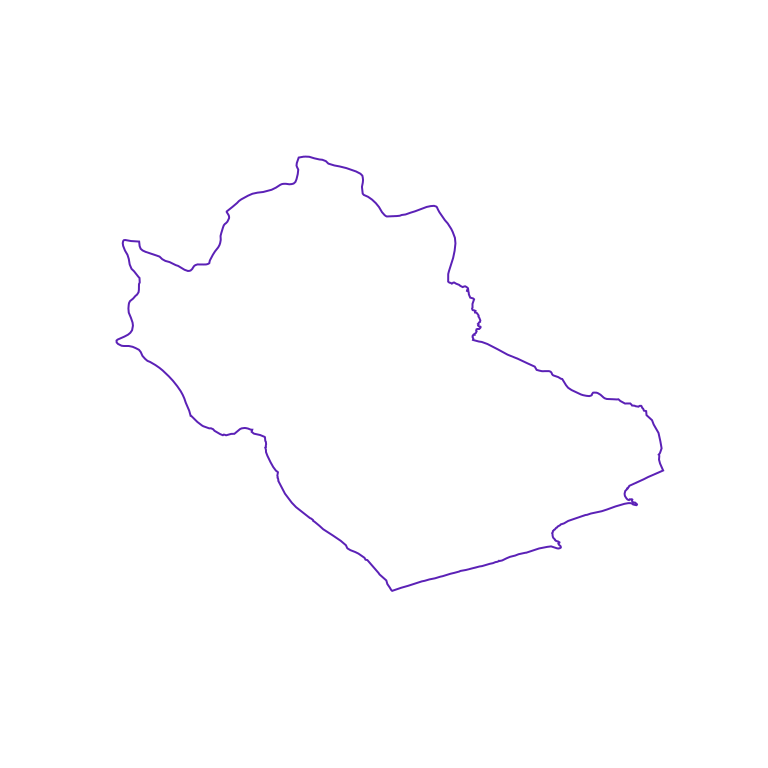 Aceh Barat, Aceh, Indonesia (Equal Earth projection), rotated 288°
{"feature_id": "22746128B65593111718524", "entity_name": "Aceh Barat", "entity_type": "district", "adm_level": 2, "iso_a3": "IDN", "parent_name": "Indonesia", "parent_adm1": "Aceh", "projection": "equal_earth", "projection_center": [96.186, 4.452], "detail": "fine", "context": "isolated", "style": "outline", "palette": "violet", "viewbox_px": 768, "rotation_deg": 288, "n_neighbors": 0, "source": "geoboundaries", "source_scale": "gbopen_adm2", "svg_char_len": 6146}
<svg xmlns="http://www.w3.org/2000/svg" viewBox="0 0 768 768"><g transform="rotate(288 384 384)"><path d="M576.1,239.4L575.4,237.4L573.0,232.9L567.2,232.8L564.7,233.3L563.5,234.2L561.4,236.2L557.0,237.1L551.7,237.5L548.8,237.3L546.7,236.1L545.6,234.4L544.7,232.3L544.1,228.9L543.5,227.0L542.7,225.3L541.5,223.9L537.3,220.5L534.0,217.1L529.3,209.8L526.9,204.6L524.3,200.1L521.1,196.5L515.5,191.2L513.2,189.5L510.7,188.3L505.7,185.2L499.5,181.1L498.9,181.3L496.9,183.7L495.9,184.6L494.7,185.2L493.7,185.4L490.0,184.9L488.1,184.0L487.0,183.2L485.4,182.6L483.1,182.5L477.4,182.6L474.3,182.8L470.6,184.2L467.5,184.6L465.4,184.6L462.7,184.1L457.9,182.3L454.0,181.3L447.6,180.2L444.9,180.5L443.7,179.4L442.8,178.0L441.9,175.5L440.1,169.7L438.8,167.9L437.6,167.0L435.7,166.4L434.2,166.1L432.2,165.0L431.5,164.0L430.9,162.6L431.0,159.0L432.7,151.7L432.7,149.3L433.7,142.4L433.5,138.0L434.2,134.5L435.8,131.2L435.9,128.1L436.0,116.4L436.4,113.2L437.4,110.8L439.6,109.0L443.8,107.1L441.8,99.3L441.0,93.5L440.5,92.3L439.9,91.9L439.0,91.8L437.2,92.0L434.8,93.2L430.9,96.4L427.6,100.1L424.1,102.6L419.1,105.2L415.5,108.3L414.0,111.4L410.1,117.2L409.3,118.7L405.1,120.3L403.3,120.1L397.8,121.8L395.4,122.2L392.7,121.5L391.0,120.4L387.7,119.0L384.3,116.8L382.1,116.5L380.2,116.8L376.8,117.6L373.0,119.2L368.7,122.9L364.7,125.9L361.9,127.2L357.3,127.8L354.3,126.9L351.8,125.3L348.9,122.5L343.9,116.9L342.7,116.2L340.9,116.9L339.9,118.7L339.3,122.6L339.8,125.1L341.3,129.7L341.7,133.4L341.4,136.7L340.8,140.4L339.2,142.8L336.1,145.6L334.1,149.0L332.9,151.9L332.7,154.7L331.4,160.7L330.0,165.4L328.5,169.3L324.8,177.0L321.9,182.2L318.0,188.1L314.4,192.8L311.5,195.9L308.5,198.6L305.0,201.2L298.4,207.0L294.0,209.9L294.2,210.3L290.2,218.3L288.3,223.7L288.0,225.1L287.8,231.5L288.4,233.1L288.2,235.4L287.1,237.3L285.7,243.7L285.5,246.6L286.4,247.3L286.5,248.6L286.4,249.2L286.5,249.8L289.4,254.2L290.4,257.1L296.6,261.0L297.8,262.3L299.1,265.0L299.4,266.4L299.6,268.4L299.4,271.4L299.8,272.8L297.6,272.9L296.7,275.3L296.6,275.8L297.2,282.0L296.8,286.9L296.4,287.3L293.2,288.7L292.5,289.5L290.3,290.5L289.1,290.6L287.4,291.2L286.9,290.7L284.8,292.1L282.8,292.8L279.7,295.3L274.5,300.3L270.8,304.3L268.2,308.0L267.5,310.1L267.3,310.4L263.8,310.9L262.8,311.6L261.9,311.7L261.6,312.3L259.6,313.4L259.2,313.4L249.1,323.7L242.6,333.0L239.7,338.4L233.6,355.0L233.5,356.3L232.7,358.5L232.3,358.9L232.0,358.9L231.3,361.1L229.2,366.4L227.1,371.0L224.1,382.3L221.5,391.3L218.9,397.6L216.6,399.7L216.3,400.3L215.6,403.4L215.3,408.6L214.8,412.1L212.7,419.1L211.2,420.7L211.4,422.6L202.6,437.2L201.5,438.6L197.9,446.9L194.8,449.0L192.1,452.5L190.4,454.4L189.8,455.7L195.5,463.3L199.6,469.4L208.0,481.0L209.4,483.5L212.2,487.6L215.0,492.6L218.2,497.2L219.3,499.1L224.1,505.9L226.1,509.2L228.9,513.5L229.8,514.4L232.4,519.3L240.0,531.3L241.1,533.5L245.7,540.2L247.3,543.0L249.1,545.1L249.8,546.5L250.7,547.6L251.4,548.0L251.3,548.5L252.7,550.9L256.1,554.4L258.6,557.3L261.4,561.8L263.7,564.6L267.2,570.6L267.5,571.4L275.5,582.3L279.6,589.7L281.2,593.1L281.2,599.3L281.4,600.6L282.2,602.0L283.1,602.7L283.7,602.5L284.5,601.8L285.0,600.4L286.0,599.2L287.4,599.9L287.7,599.7L287.6,599.0L288.0,598.4L287.8,597.8L288.1,596.6L288.0,595.8L288.5,594.8L288.9,594.7L289.9,592.7L290.7,591.9L292.3,591.0L293.5,590.6L294.1,590.0L295.2,590.3L296.4,590.1L296.9,590.5L297.7,590.7L298.4,591.4L300.4,592.2L301.0,592.9L302.1,593.2L304.1,595.1L305.1,595.5L307.0,598.2L310.7,601.5L321.6,616.0L322.3,617.5L324.7,620.7L330.3,630.4L333.5,634.8L339.1,642.0L344.4,649.8L346.1,653.0L346.8,655.0L347.0,656.5L346.4,658.1L346.6,660.6L346.8,661.6L347.5,661.9L347.8,661.7L348.2,660.9L348.8,659.3L348.3,657.8L349.0,656.5L349.5,655.9L350.8,655.9L351.0,655.3L350.4,654.2L350.4,653.5L349.3,652.9L349.4,651.3L350.1,650.0L351.8,647.9L352.9,647.2L354.1,646.7L356.8,646.5L359.8,648.0L360.0,647.6L361.7,648.6L363.0,648.8L373.7,660.5L377.1,663.9L388.0,676.2L393.7,671.1L397.1,668.9L400.1,668.2L401.9,667.5L401.9,667.2L403.7,667.8L408.6,667.9L414.8,664.6L422.3,660.2L428.8,653.0L432.4,650.1L435.5,643.3L439.2,641.7L439.0,639.4L440.6,638.1L441.0,637.1L442.6,635.6L442.7,635.2L442.1,633.7L441.1,633.1L440.6,630.0L440.8,629.2L440.2,626.5L440.8,625.8L441.6,624.2L439.9,619.2L440.9,613.9L441.7,612.2L441.9,611.6L441.3,610.4L440.6,607.7L438.6,600.5L438.6,598.4L439.0,597.0L440.7,593.2L441.4,590.1L441.4,588.7L440.7,586.3L440.3,585.5L438.8,585.0L437.6,585.0L436.9,584.4L435.9,582.9L435.3,580.1L434.9,576.7L434.9,574.5L436.2,564.3L437.3,560.3L439.1,557.5L443.8,552.0L443.7,550.5L444.4,547.6L444.5,542.5L444.6,541.9L445.2,540.9L446.5,539.8L447.2,538.6L447.2,536.8L445.0,530.3L444.7,527.4L444.6,524.8L447.1,522.0L448.0,514.0L449.3,503.8L450.1,492.4L452.1,481.7L454.0,470.0L454.2,464.0L453.7,461.0L453.4,455.0L454.6,455.0L455.9,453.8L456.4,453.8L456.9,453.4L458.3,453.8L458.8,455.0L459.2,454.8L459.3,454.4L460.9,455.6L462.7,455.8L463.1,455.2L464.6,455.1L465.1,455.7L465.7,457.5L467.3,458.3L468.0,458.3L468.3,458.0L468.2,456.3L468.7,455.4L469.9,455.5L470.2,454.8L470.8,455.1L472.0,455.4L472.8,456.2L473.3,456.0L474.2,456.0L476.7,453.9L477.3,453.0L478.4,452.8L479.9,450.8L480.4,449.8L480.1,448.5L480.9,448.1L481.8,448.3L481.9,447.1L481.7,445.6L482.0,445.1L483.1,444.4L484.0,444.6L487.5,443.4L492.4,443.5L492.9,442.5L492.8,439.3L495.5,437.0L497.6,436.1L498.1,435.2L498.2,434.1L498.9,434.0L499.4,435.1L501.0,434.3L501.7,432.6L502.0,431.1L501.6,430.2L500.5,428.9L500.9,426.3L501.5,424.8L501.7,421.5L502.2,419.4L501.8,418.5L500.8,417.9L500.4,417.3L500.8,416.3L500.6,414.9L501.2,413.4L508.4,411.1L511.3,410.9L525.2,410.8L532.5,410.0L539.8,408.5L544.9,406.3L549.8,402.4L552.3,400.0L556.4,395.0L558.6,391.3L564.5,383.6L566.7,381.3L568.5,379.7L568.9,378.8L568.9,376.5L567.6,373.4L565.6,369.9L557.8,360.1L555.2,356.4L551.9,352.1L550.2,348.6L548.9,347.0L547.7,344.3L544.2,334.9L544.3,333.9L544.8,332.4L546.8,329.0L550.8,324.5L553.5,320.3L555.7,315.6L557.1,311.0L557.6,306.3L558.5,304.9L564.7,302.1L569.0,301.6L571.6,301.0L573.8,300.0L575.5,299.0L576.7,296.6L577.5,291.7L577.7,281.5L577.2,274.6L576.5,269.2L576.4,263.0L578.0,259.8L578.2,256.0L577.6,253.3L577.1,247.9L577.0,242.7L576.1,239.4Z" fill="none" stroke="#5b21b6" stroke-width="2"/></g></svg>